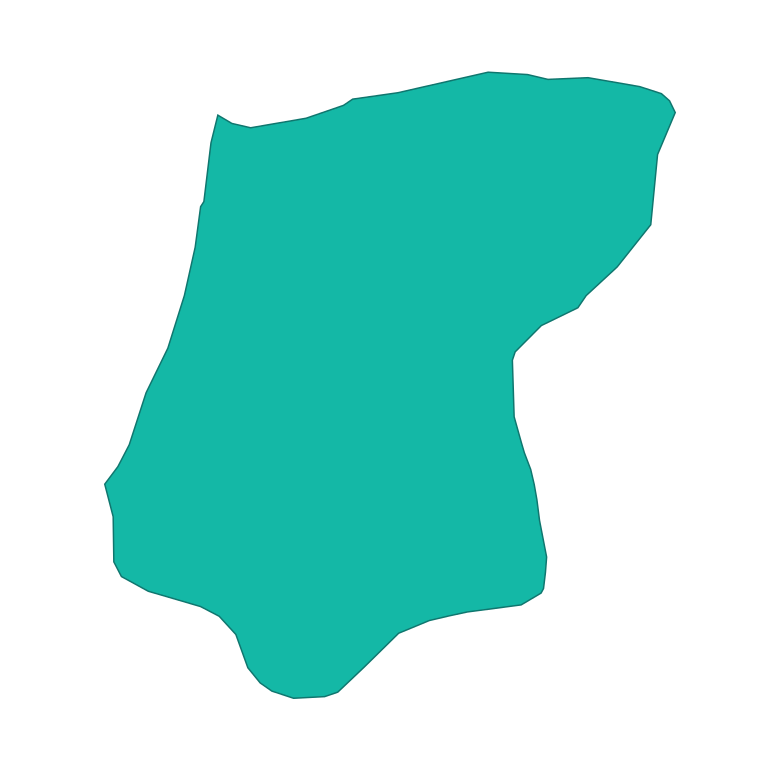 Santa Lucía Utatlán, Sololá, Guatemala (Equal Earth projection), rotated 184°
{"feature_id": "79465075B3203772279069", "entity_name": "Santa Lucía Utatlán", "entity_type": "district", "adm_level": 2, "iso_a3": "GTM", "parent_name": "Guatemala", "parent_adm1": "Sololá", "projection": "equal_earth", "projection_center": [-91.278, 14.782], "detail": "fine", "context": "isolated", "style": "filled", "palette": "teal", "viewbox_px": 768, "rotation_deg": 184, "n_neighbors": 0, "source": "geoboundaries", "source_scale": "gbopen_adm2", "svg_char_len": 932}
<svg xmlns="http://www.w3.org/2000/svg" viewBox="0 0 768 768"><g transform="rotate(184 384 384)"><path d="M195.9,473.6L188.5,486.3L159.6,517.0L129.0,561.5L127.1,632.0L112.4,675.1L118.9,686.4L127.5,693.0L149.7,698.5L201.8,703.8L241.7,699.3L262.4,702.7L301.9,702.3L390.6,675.5L435.1,666.0L443.9,659.1L480.2,643.7L534.9,630.3L553.9,633.3L568.5,640.6L573.4,612.6L576.4,553.4L579.3,548.1L581.9,507.2L589.3,458.3L602.1,404.7L620.7,358.7L633.9,305.6L643.7,283.0L655.6,264.6L644.9,232.7L641.1,187.7L632.5,173.6L604.7,160.8L551.5,149.2L532.2,140.8L514.3,123.8L500.0,91.4L486.6,77.1L474.4,69.8L452.3,64.2L421.4,68.0L408.6,73.4L384.3,99.9L352.0,136.4L322.3,151.2L303.3,157.1L285.0,162.4L231.8,173.2L212.7,186.4L210.6,191.1L209.8,207.5L209.7,222.7L219.3,258.6L223.4,279.2L227.1,294.1L231.7,309.0L239.2,325.2L242.8,334.9L251.9,360.4L257.6,416.7L255.4,425.2L231.1,453.3L195.9,473.6Z" fill="#14b8a6" stroke="#0f766e" stroke-width="1.5"/></g></svg>